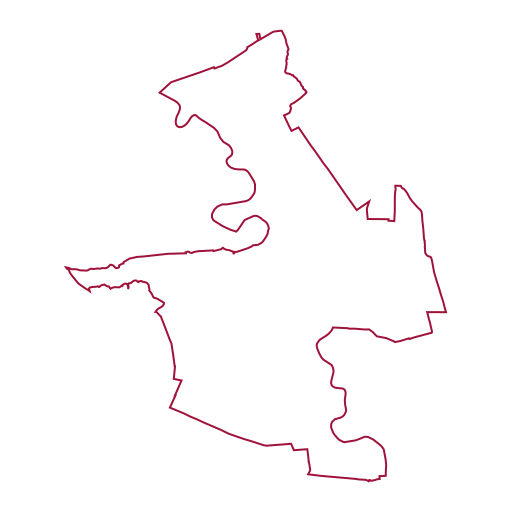 the district of Lespezi, Iasi, Romania
{"feature_id": "2599482B74644698541677", "entity_name": "Lespezi", "entity_type": "district", "adm_level": 2, "iso_a3": "ROU", "parent_name": "Romania", "parent_adm1": "Iasi", "projection": "orthographic", "projection_center": [26.683, 47.358], "detail": "fine", "context": "isolated", "style": "outline", "palette": "rose", "viewbox_px": 512, "rotation_deg": 0, "n_neighbors": 0, "source": "geoboundaries", "source_scale": "gbopen_adm2", "svg_char_len": 6011}
<svg xmlns="http://www.w3.org/2000/svg" viewBox="0 0 512 512"><path d="M409.7,197.8L407.0,192.8L404.3,189.3L403.8,188.8L402.9,188.6L401.9,187.9L400.8,185.9L395.4,185.7L395.3,187.4L395.7,188.9L395.2,191.9L394.9,196.1L394.8,201.4L394.8,210.9L394.3,221.1L388.4,220.7L388.5,219.2L367.7,219.0L366.9,210.8L366.9,208.9L367.0,208.1L369.2,201.4L356.7,210.1L345.5,194.4L328.0,169.1L323.7,163.6L316.3,152.9L310.6,145.2L298.5,127.4L291.5,130.9L289.6,127.2L284.0,115.4L287.5,113.9L289.4,112.8L290.2,111.3L291.1,108.0L290.1,106.1L290.4,105.3L291.3,104.1L294.2,102.7L300.1,98.4L306.1,93.0L306.5,92.2L306.3,91.8L305.7,91.5L305.7,90.8L305.0,89.9L303.8,89.4L303.7,89.0L303.3,88.8L303.0,88.3L303.0,87.1L301.4,85.6L301.4,85.2L301.2,84.6L299.8,81.9L297.8,80.6L297.3,79.5L296.6,78.5L295.3,77.4L294.0,76.6L293.1,75.2L292.1,75.3L291.4,74.7L289.1,73.7L287.1,73.4L286.2,73.0L285.5,72.5L285.1,71.5L285.8,68.6L286.2,67.9L286.1,66.5L286.6,64.3L286.6,63.0L286.3,61.3L286.4,59.3L287.2,58.8L286.8,58.2L286.7,57.0L287.6,55.5L288.0,53.8L287.6,53.0L287.5,51.3L288.3,49.9L288.5,49.0L286.3,43.0L285.7,39.1L284.8,37.3L284.6,36.2L283.8,34.9L282.4,31.9L281.8,30.9L281.0,30.7L273.8,31.6L272.4,32.2L260.4,39.3L259.3,33.8L256.4,34.0L257.8,38.9L258.5,40.3L256.6,41.3L251.3,44.9L247.3,47.2L247.4,47.8L247.0,48.9L246.1,50.3L228.0,62.3L222.1,65.7L214.5,68.5L213.9,67.2L199.9,72.4L171.1,82.2L159.6,92.7L175.4,101.1L177.7,102.9L179.3,104.8L179.9,106.4L180.0,108.7L178.8,112.4L176.7,116.6L176.1,118.9L175.7,121.7L176.0,124.2L176.8,125.7L178.2,126.8L180.2,127.2L182.1,126.8L183.8,126.0L186.3,124.2L189.0,120.7L190.4,118.3L192.0,116.3L193.7,115.2L195.1,115.0L196.5,115.7L198.8,117.9L202.2,120.2L205.6,122.2L214.0,127.9L217.4,131.4L220.2,137.9L223.4,141.9L229.0,145.3L230.9,147.8L232.2,150.7L232.3,152.6L231.9,154.7L230.5,156.2L227.9,158.2L226.8,159.8L226.5,161.4L227.1,163.5L228.3,165.4L230.6,167.4L234.0,168.8L238.2,169.4L243.8,169.5L245.2,169.8L246.9,170.8L248.5,172.4L254.0,181.2L255.0,184.4L255.0,189.0L254.8,191.0L254.5,192.6L253.6,194.3L250.5,198.5L248.3,200.2L245.9,201.1L226.8,204.4L222.3,204.4L217.5,206.5L214.5,209.4L212.0,214.2L212.0,217.4L213.3,220.2L222.4,226.0L230.1,229.6L236.3,231.6L238.1,229.6L244.7,220.0L253.5,216.0L255.5,215.8L257.4,216.1L260.8,218.1L262.4,219.6L265.5,221.7L267.0,223.3L268.1,225.6L268.8,228.1L268.7,229.1L268.1,230.7L267.5,234.1L266.4,236.4L262.6,241.9L261.1,243.1L258.0,244.8L253.0,245.3L251.6,246.5L247.6,248.3L236.6,251.9L235.0,251.9L234.1,253.4L233.5,253.4L233.2,251.7L229.2,250.2L225.8,249.6L223.7,248.5L223.1,247.8L221.8,248.5L221.2,249.2L213.5,251.1L213.2,250.4L198.1,251.2L193.5,252.1L192.9,252.6L191.4,253.0L189.5,252.4L189.1,251.8L187.5,251.6L185.7,252.2L185.9,253.3L167.9,253.8L143.4,256.5L137.2,256.9L129.5,258.6L123.6,262.1L123.5,263.5L122.4,263.6L119.1,265.4L119.1,267.1L118.5,267.7L117.5,267.9L116.1,268.1L115.3,267.6L113.1,265.4L110.8,264.7L110.2,264.8L108.6,266.6L107.3,267.5L105.7,268.2L102.0,268.1L100.1,268.7L97.1,268.5L93.2,269.1L92.1,268.8L90.9,268.7L89.8,269.1L88.2,270.1L86.7,270.6L79.8,270.3L77.9,269.6L75.6,269.2L71.5,269.2L68.9,268.0L66.0,267.4L66.8,268.6L68.2,269.4L68.9,270.1L70.0,272.9L73.1,277.1L78.1,283.1L79.1,284.0L83.3,287.0L85.9,288.8L88.3,290.1L89.7,291.2L89.0,288.6L89.8,287.5L92.3,287.0L96.4,286.7L97.9,286.3L98.9,287.0L99.6,286.8L100.6,285.7L101.6,285.2L104.4,284.5L105.2,285.1L106.9,286.1L107.5,286.4L108.8,286.4L110.5,288.8L111.9,287.9L114.3,287.2L119.5,287.3L121.8,285.6L122.4,285.9L122.5,285.0L124.6,283.7L125.6,283.6L127.0,284.0L127.4,284.5L128.2,287.0L128.1,288.1L128.4,288.2L128.6,287.2L128.2,284.5L128.5,283.5L128.9,283.3L130.7,283.1L133.5,280.9L134.5,280.5L136.3,280.5L138.2,282.2L138.5,282.2L138.8,281.5L139.1,281.3L141.6,281.0L142.5,281.7L143.3,281.9L144.3,282.0L146.6,282.7L147.5,283.5L148.6,284.8L148.8,285.4L148.7,286.3L149.5,289.1L149.2,290.5L151.1,292.8L152.2,294.7L153.0,296.6L154.2,297.9L156.7,298.4L163.9,302.7L163.8,304.4L162.6,306.0L161.7,306.7L157.7,309.1L156.4,310.5L155.5,311.9L156.1,311.9L156.6,312.1L160.9,316.6L165.2,327.6L169.8,339.8L171.4,343.4L173.2,355.0L174.7,366.4L175.0,366.4L173.8,378.9L181.5,380.5L174.9,395.6L175.4,395.6L169.9,407.6L184.5,413.7L190.5,416.7L196.2,419.0L204.6,422.9L220.3,429.6L228.9,433.8L244.2,439.1L251.4,441.2L263.6,445.2L266.4,445.7L291.1,443.8L293.9,450.2L307.3,449.2L308.3,457.1L308.7,461.8L308.9,461.8L309.0,462.4L310.2,469.7L310.0,470.8L308.1,474.3L321.3,475.9L355.7,478.9L358.3,479.4L365.4,479.8L367.4,480.5L368.7,481.3L369.1,481.0L368.9,480.7L369.1,480.1L370.3,480.1L371.3,480.8L375.2,480.0L376.9,479.3L379.7,479.0L379.5,476.1L385.7,475.8L385.9,469.2L386.2,465.7L385.7,459.9L384.0,450.6L383.5,449.0L383.0,448.2L381.0,445.7L373.5,439.7L368.4,437.1L365.6,436.7L364.2,436.9L359.6,438.9L355.4,440.4L344.3,442.2L342.7,441.7L338.9,439.6L336.9,437.5L334.4,434.6L333.2,432.7L331.1,427.4L331.2,424.4L331.5,423.1L332.2,421.8L334.8,419.3L341.2,417.4L342.8,416.3L344.2,415.0L345.9,411.6L346.1,410.7L346.0,409.5L345.1,404.3L344.8,400.1L345.6,394.0L345.6,392.7L345.5,391.7L344.7,389.8L343.1,388.7L341.9,388.4L336.9,388.0L335.0,387.6L333.4,386.8L332.4,386.0L331.6,384.9L331.2,383.6L331.2,381.3L333.5,372.2L333.5,370.4L333.0,368.1L332.2,366.0L331.7,365.1L323.2,359.5L321.4,357.4L319.2,353.3L317.4,348.9L316.9,347.0L316.7,345.6L316.8,344.5L317.2,343.3L318.9,340.8L320.0,339.6L326.3,335.6L328.8,333.6L331.2,331.0L332.1,329.6L332.9,327.5L348.0,328.2L348.7,328.7L355.0,328.7L364.8,329.5L369.1,329.4L372.8,332.1L376.8,336.3L386.3,338.1L394.3,341.5L394.7,341.7L394.9,342.1L400.4,341.0L408.7,338.4L409.1,338.4L409.4,339.0L415.6,337.0L431.5,332.8L431.9,332.5L432.0,332.1L431.7,330.2L430.8,326.5L429.9,322.2L429.2,320.2L427.2,312.1L446.0,312.2L444.3,306.2L443.3,302.0L441.3,295.9L438.8,287.5L436.9,281.8L434.4,273.4L433.9,271.3L432.2,261.7L431.5,258.8L430.6,256.9L428.0,256.1L427.0,255.5L425.6,253.6L425.2,252.6L425.0,248.3L424.7,246.7L425.0,245.6L424.7,242.7L424.7,240.6L424.4,240.5L423.9,237.6L423.3,228.9L422.4,220.9L422.0,214.9L421.5,211.6L420.3,209.8L417.9,207.7L412.2,201.3L409.7,197.8Z" fill="none" stroke="#9f1239" stroke-width="2"/></svg>